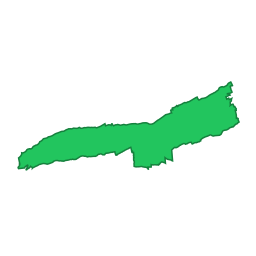 outline of Stanisesti, Bacau, Romania, rotated 268°
{"feature_id": "2599482B92534545821934", "entity_name": "Stanisesti", "entity_type": "district", "adm_level": 2, "iso_a3": "ROU", "parent_name": "Romania", "parent_adm1": "Bacau", "projection": "equal_earth", "projection_center": [27.312, 46.453], "detail": "fine", "context": "isolated", "style": "filled", "palette": "green", "viewbox_px": 256, "rotation_deg": 268, "n_neighbors": 0, "source": "geoboundaries", "source_scale": "gbopen_adm2", "svg_char_len": 5748}
<svg xmlns="http://www.w3.org/2000/svg" viewBox="0 0 256 256"><g transform="rotate(268 128 128)"><path d="M130.1,239.2L132.5,238.3L133.6,238.4L134.1,237.6L133.9,236.7L137.2,236.7L142.0,235.8L141.9,236.8L142.0,236.8L142.7,236.7L143.5,236.8L143.6,236.6L145.7,235.5L145.5,234.8L148.1,233.8L148.1,233.2L147.9,232.5L147.0,231.0L147.3,231.1L150.4,231.0L150.6,231.4L151.4,232.2L153.1,232.4L153.9,232.7L152.8,230.2L154.3,229.7L153.3,227.7L155.8,226.9L156.3,228.5L156.8,229.5L157.1,229.9L157.3,231.2L157.5,231.1L157.8,230.7L158.5,229.4L158.5,228.5L158.8,228.5L159.0,229.2L159.3,231.6L160.1,233.2L161.1,233.0L162.2,232.4L166.0,231.6L166.5,232.2L166.4,232.5L166.6,232.8L166.7,233.3L166.6,233.7L166.7,233.9L168.3,233.3L170.4,232.3L169.3,230.0L168.3,229.1L167.6,228.8L166.8,227.7L166.1,226.3L166.0,225.7L165.6,225.2L165.7,224.6L166.0,223.7L165.8,223.0L165.9,222.6L165.2,221.0L165.0,220.7L162.8,219.5L162.5,219.1L161.7,217.7L160.6,216.4L160.4,215.6L159.8,214.4L159.5,214.0L159.0,212.6L157.8,210.3L157.6,210.1L156.5,208.5L155.5,206.6L155.4,206.0L155.1,204.8L154.9,202.7L153.6,200.4L153.5,199.8L154.5,199.1L154.0,199.1L155.7,198.4L156.3,198.3L156.5,198.2L156.0,196.9L152.2,190.0L152.0,189.3L152.0,188.7L151.2,187.0L151.5,185.6L150.8,183.9L150.0,182.6L148.9,179.6L149.0,179.4L148.9,179.1L148.7,178.9L148.3,179.0L147.7,178.3L147.7,178.2L148.4,177.9L148.3,177.6L148.6,177.3L147.9,176.8L146.9,175.0L146.7,174.8L146.6,174.5L146.8,173.9L146.2,172.8L144.6,173.4L144.5,172.7L144.6,171.7L144.2,171.5L144.0,171.3L141.6,172.1L141.6,171.7L141.2,170.6L140.6,169.2L140.0,166.2L139.0,164.7L138.3,163.8L135.1,158.9L134.8,158.1L134.1,157.1L131.7,153.8L131.1,152.1L131.0,150.6L131.1,149.6L131.6,148.6L132.1,147.9L132.6,146.2L132.6,143.6L132.5,142.4L132.1,141.3L131.9,139.7L131.6,138.5L131.6,137.1L132.1,135.7L132.1,132.2L131.9,130.3L131.1,126.6L131.1,126.1L131.7,123.9L131.3,122.2L131.0,120.3L131.6,118.9L131.9,117.6L131.6,117.0L131.6,115.8L131.4,115.0L130.7,113.8L132.5,111.9L132.7,112.0L132.7,111.8L131.2,111.1L131.6,110.7L131.7,110.3L131.9,108.7L131.0,105.6L133.1,105.1L130.6,100.5L129.3,96.8L129.3,96.3L129.9,95.2L129.7,93.1L129.9,91.7L129.8,90.2L129.9,89.9L130.1,88.1L129.8,85.7L129.9,84.2L129.4,82.6L129.3,81.2L129.4,80.5L130.2,79.7L130.3,79.3L129.7,78.2L129.4,77.1L129.6,74.6L129.8,73.9L129.1,71.6L129.1,71.0L129.3,70.3L129.2,69.7L129.3,68.8L128.7,67.3L128.4,66.2L127.2,64.2L127.0,63.5L126.9,61.5L125.6,57.9L125.1,56.1L124.4,54.5L123.6,53.2L122.8,51.7L122.2,49.8L121.9,48.0L121.4,47.4L120.9,46.6L120.5,44.8L120.4,43.8L120.1,43.0L118.3,41.3L117.4,39.4L115.8,38.5L114.8,37.4L114.2,36.3L114.0,35.0L113.2,33.7L113.1,33.1L113.0,32.9L112.5,32.4L111.2,31.5L110.8,31.0L110.6,30.5L110.5,29.6L110.7,29.2L110.7,28.9L110.3,27.0L109.8,26.2L108.5,25.3L107.5,24.0L107.0,22.8L106.7,21.4L106.9,20.9L105.7,20.9L104.1,20.1L102.8,18.8L101.9,17.6L95.8,18.6L95.7,18.2L94.6,18.4L94.3,18.2L93.3,17.6L92.7,16.9L92.4,16.8L92.1,17.0L91.8,16.9L91.2,17.2L91.7,23.2L92.9,23.9L93.8,25.3L94.1,25.5L94.1,26.0L94.4,26.3L94.2,26.6L92.6,26.1L92.4,25.9L91.2,25.4L90.6,24.9L90.4,24.9L90.1,24.7L89.8,24.8L89.8,25.1L90.1,25.1L90.4,25.5L90.4,25.9L90.6,26.2L91.5,26.6L91.3,27.0L91.1,27.1L91.6,28.0L93.1,29.4L92.6,29.7L92.2,30.5L91.9,31.2L91.2,31.1L91.5,31.4L92.8,34.2L93.6,36.3L94.6,37.9L94.7,38.7L94.9,39.3L95.4,41.5L95.5,41.9L95.3,43.8L95.1,44.7L94.9,45.1L94.7,46.4L95.4,48.8L95.8,49.8L96.0,50.7L96.7,52.0L97.5,52.9L98.0,54.6L98.0,56.2L97.5,58.2L97.6,59.3L97.3,60.5L97.3,61.2L97.1,62.0L97.2,63.1L97.7,64.2L97.8,65.2L98.1,67.6L98.6,69.3L98.4,70.3L98.8,71.5L98.4,72.6L98.4,74.3L98.7,75.3L99.0,75.5L99.3,76.3L101.1,79.2L101.4,79.9L101.7,81.7L101.6,82.4L101.3,83.5L101.3,84.5L100.5,86.5L100.7,87.0L100.7,87.5L100.9,87.9L100.7,89.5L100.9,93.0L100.8,94.5L101.5,96.1L102.4,96.9L102.5,97.3L102.8,97.7L102.8,98.7L103.1,99.5L103.1,100.0L102.8,100.9L102.2,101.5L102.1,102.3L102.0,103.3L102.2,103.8L103.2,104.5L103.5,104.9L103.7,107.7L104.3,110.2L104.2,111.3L104.5,112.2L104.5,112.8L104.7,114.0L103.9,114.1L101.5,114.8L101.5,115.0L101.3,115.2L101.3,115.7L101.5,116.2L101.9,116.1L102.5,117.6L103.0,118.6L103.3,119.3L103.9,120.2L104.3,121.5L104.8,122.0L105.4,123.5L106.1,124.4L106.2,125.0L106.5,125.4L106.9,126.3L107.4,127.8L107.6,128.0L107.9,128.6L108.2,128.7L108.1,129.1L108.2,129.5L108.6,130.1L107.9,130.3L104.4,130.9L104.5,131.0L104.8,131.1L104.8,131.5L103.2,131.6L103.4,132.7L100.6,132.8L100.6,132.5L100.3,132.5L98.3,132.9L98.3,132.6L95.8,132.5L95.4,132.7L95.0,132.7L94.8,132.9L95.0,133.0L94.9,133.1L93.1,133.1L92.9,132.9L92.4,132.8L89.4,132.8L88.9,134.5L88.9,138.1L89.0,138.8L89.1,140.0L89.0,140.7L88.7,141.3L88.3,143.3L88.2,144.4L87.7,145.5L87.3,146.0L85.6,147.1L88.2,146.6L88.2,149.8L90.6,149.9L90.2,150.6L90.4,151.3L90.2,151.9L90.3,152.3L90.3,153.5L90.3,153.8L90.2,154.9L90.2,155.2L90.0,155.8L90.3,156.5L89.9,157.2L90.4,157.8L90.8,158.2L91.0,158.1L91.1,158.4L91.2,158.6L91.8,158.9L92.9,160.3L92.7,161.5L92.1,163.0L91.9,163.6L91.5,164.2L94.9,164.0L97.1,164.0L96.1,165.2L95.4,166.2L94.6,169.6L94.2,170.4L93.9,170.6L93.6,171.4L104.5,170.9L104.7,171.1L104.8,171.1L107.0,173.9L106.9,174.6L106.6,175.1L106.9,176.2L107.9,178.1L108.8,178.9L109.0,179.9L109.5,180.5L110.5,183.0L110.4,184.3L109.8,184.8L110.3,186.8L110.5,187.0L111.2,188.2L111.6,190.6L109.8,191.6L110.3,192.9L110.9,193.9L111.0,194.2L111.0,196.0L111.7,197.9L111.8,198.9L112.4,199.6L112.7,200.3L113.6,200.1L115.1,202.0L116.4,204.8L117.2,207.5L118.2,209.8L118.2,210.4L117.2,212.2L117.0,213.3L117.3,214.3L117.5,218.7L117.6,219.4L118.5,220.8L121.4,222.4L121.9,222.9L122.3,224.1L122.5,225.0L122.5,225.9L122.8,226.9L123.8,228.8L124.4,229.2L124.6,229.6L125.1,231.3L125.5,231.9L125.3,232.4L125.4,233.0L125.6,233.0L125.8,233.5L126.4,234.2L128.0,235.7L128.2,236.6L128.4,237.1L128.8,237.6L129.2,237.7L130.1,239.2Z" fill="#22c55e" stroke="#15803d" stroke-width="1.5"/></g></svg>